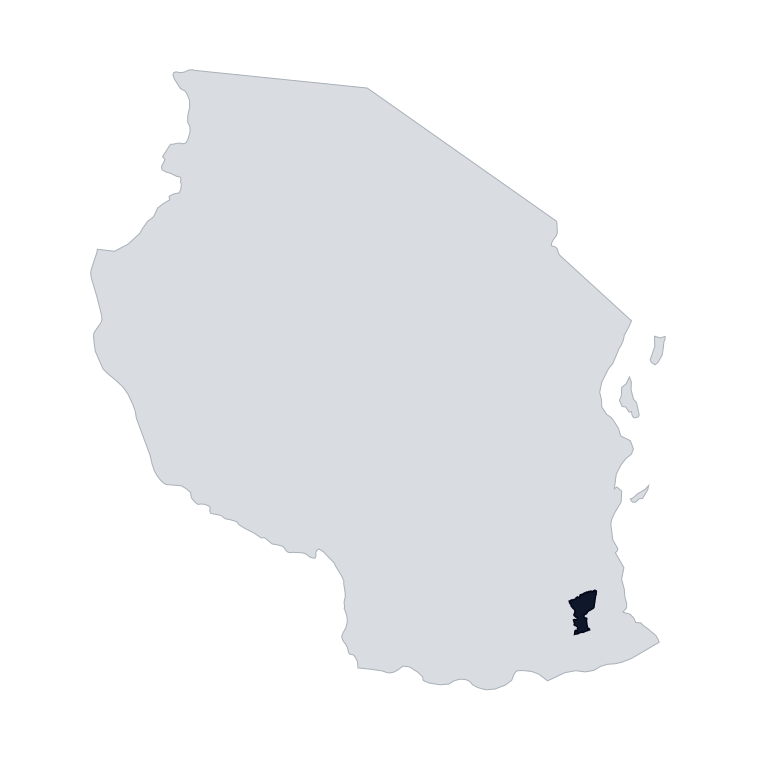 location of Ruangwa, Lindi, United Republic of Tanzania, rotated 7°
{"feature_id": "72390352B35310074637090", "entity_name": "Ruangwa", "entity_type": "district", "adm_level": 2, "iso_a3": "TZA", "parent_name": "United Republic of Tanzania", "parent_adm1": "Lindi", "projection": "albers", "projection_center": [38.983, -10.09], "detail": "fine", "context": "in_parent", "style": "filled", "palette": "ink", "viewbox_px": 768, "rotation_deg": 7, "n_neighbors": 0, "source": "geoboundaries", "source_scale": "gbopen_adm2", "svg_char_len": 8433}
<svg xmlns="http://www.w3.org/2000/svg" viewBox="0 0 768 768"><g transform="rotate(7 384 384)"><path d="M281.0,551.8L272.1,547.3L264.1,544.6L257.4,541.5L254.5,538.5L248.3,537.5L242.9,537.1L238.0,534.3L227.8,533.5L226.6,531.6L226.4,527.4L224.6,526.3L220.9,525.3L216.9,525.4L214.5,526.1L213.1,525.8L209.7,523.4L206.6,520.3L205.3,515.3L200.6,512.1L195.2,509.7L180.3,510.3L178.0,509.6L174.4,507.1L170.2,503.0L166.7,498.3L163.6,491.8L160.4,483.0L142.4,448.2L140.5,441.6L136.9,434.3L131.2,425.4L125.3,418.8L117.2,412.9L108.1,407.1L103.2,403.1L93.5,386.8L91.4,379.1L89.7,371.1L90.2,367.8L95.7,357.3L96.2,354.4L95.4,350.5L92.3,342.3L88.4,332.4L80.6,314.4L79.4,309.9L79.4,306.4L83.1,287.8L83.0,285.2L100.3,285.1L112.7,276.6L123.3,264.2L125.4,259.1L129.6,251.2L133.9,247.3L135.5,244.6L137.9,236.8L143.5,231.4L149.0,227.2L147.8,224.4L148.6,223.3L151.6,221.2L157.5,219.2L158.6,215.1L158.5,210.5L157.4,208.0L157.5,205.0L156.6,203.4L152.7,203.1L146.8,201.0L141.9,200.1L138.6,198.9L137.3,197.9L136.7,195.2L139.3,188.0L136.5,185.3L142.2,173.4L143.3,172.0L145.5,171.7L148.9,170.4L152.1,169.7L154.8,170.1L156.7,169.6L158.4,168.2L159.7,164.2L160.8,157.6L160.0,152.2L157.3,148.1L156.5,141.8L157.4,133.2L156.4,126.2L153.5,120.6L150.6,117.3L146.2,115.8L139.1,107.4L136.9,103.3L137.2,100.7L139.5,99.5L143.9,99.8L148.0,98.7L151.8,96.2L155.5,95.4L157.5,95.8L331.3,92.3L535.0,201.2L535.9,202.5L537.5,212.1L537.2,215.3L534.1,220.9L533.2,223.8L533.2,225.8L533.9,226.6L536.6,226.8L538.8,228.1L539.7,229.2L541.4,233.3L543.6,235.4L620.2,289.9L621.9,290.8L620.8,295.4L616.5,306.5L616.3,311.1L614.6,316.6L613.0,320.2L608.6,335.9L604.9,341.7L599.9,355.5L599.1,366.0L601.9,373.4L602.9,380.3L608.8,387.1L613.5,389.5L616.6,392.6L622.2,399.7L625.4,406.8L635.5,410.3L639.5,418.2L638.0,423.7L633.4,428.2L629.0,435.6L625.5,445.2L625.4,460.0L627.7,457.8L633.0,461.4L633.7,472.3L628.2,484.9L626.5,490.9L626.3,495.9L630.2,511.1L636.2,518.9L635.8,521.3L634.2,523.3L644.5,537.0L643.6,548.9L647.4,558.1L649.1,566.2L651.6,572.3L652.1,576.6L648.9,581.3L656.4,582.5L660.8,586.3L662.8,590.0L668.2,589.9L671.1,592.4L675.3,594.5L684.6,600.7L687.1,603.9L688.6,606.8L663.0,626.3L653.7,631.3L647.1,633.6L640.1,634.9L633.4,637.9L627.1,642.7L619.0,645.2L609.1,645.2L598.7,648.5L582.5,658.7L573.0,653.1L565.5,651.3L556.9,651.5L551.7,652.2L549.9,653.5L548.2,656.9L546.9,662.5L541.3,667.9L531.5,673.2L522.4,675.1L514.1,673.9L508.5,671.7L505.5,668.8L501.2,667.4L495.5,667.7L490.1,669.8L484.9,673.9L476.6,675.7L465.1,675.3L459.0,673.4L458.1,670.0L453.0,666.1L443.8,661.7L437.1,661.7L432.8,666.0L428.8,668.8L425.3,670.0L422.1,670.1L417.4,669.0L404.8,668.7L392.8,669.0L391.5,662.7L388.9,658.9L386.8,656.7L382.6,656.2L381.4,654.4L380.0,650.5L377.9,647.2L375.2,644.5L373.5,642.0L372.9,639.6L373.3,637.0L375.8,630.6L376.5,626.2L376.2,621.7L374.7,617.0L371.8,611.6L372.1,610.0L371.1,606.2L371.0,603.6L371.5,600.3L370.9,596.0L368.3,586.9L368.2,584.5L365.6,580.1L357.4,569.7L357.0,568.3L344.3,557.9L339.3,555.6L337.5,557.6L336.8,559.5L337.4,562.9L337.1,564.6L336.6,565.3L333.7,565.3L331.8,564.9L327.0,562.1L323.3,561.5L314.1,562.2L310.9,562.9L308.3,562.3L303.4,557.5L297.6,556.6L292.5,556.4L284.0,551.0L281.0,551.8ZM636.9,371.7L641.0,383.4L640.5,385.6L637.6,386.9L636.0,387.0L634.2,385.1L632.9,381.2L630.7,382.1L626.8,377.4L623.1,377.2L619.7,371.6L621.0,366.7L620.3,358.4L624.4,354.2L626.7,347.0L629.3,351.9L629.9,359.5L633.4,368.5L636.9,371.7ZM657.2,302.5L657.5,305.2L656.7,307.8L656.8,316.1L656.5,321.6L653.3,329.1L650.8,331.8L648.5,331.0L646.6,329.8L645.2,327.7L648.2,313.8L646.7,303.6L652.6,304.6L657.2,302.5ZM648.4,470.4L645.5,471.1L644.3,470.4L642.5,468.2L645.7,466.2L648.7,462.4L655.8,456.9L659.1,452.5L658.6,456.8L654.6,466.2L651.2,466.8L648.4,470.4Z" fill="#d9dde1" stroke="#a8b0b8" stroke-width="1"/><path d="M594.3,576.8L594.3,577.0L594.5,577.6L594.7,577.8L594.8,577.9L594.8,578.4L594.9,578.5L595.2,578.9L595.2,579.1L595.3,579.3L595.6,579.4L596.0,579.5L596.4,579.5L596.6,579.5L596.6,579.8L596.5,580.6L596.6,581.1L596.7,581.4L597.3,581.9L598.4,583.2L598.9,583.4L599.2,583.8L599.7,583.9L600.0,584.0L600.1,584.3L600.3,584.6L600.5,584.9L600.9,585.2L601.2,585.7L601.2,585.9L601.2,586.5L601.2,587.0L601.2,587.3L601.3,587.5L601.2,587.8L601.3,588.0L601.1,588.1L601.0,588.6L601.0,588.8L601.1,589.1L600.9,589.2L600.7,589.5L600.6,589.8L600.7,590.0L600.9,590.3L600.9,590.6L601.1,590.8L601.3,590.9L601.8,591.2L602.1,591.2L602.6,591.7L602.8,592.0L603.2,591.9L603.5,591.8L604.0,591.9L604.1,592.0L604.2,592.4L604.3,592.9L604.3,593.3L604.4,594.1L604.3,594.3L604.2,594.4L603.9,594.5L603.4,594.5L603.1,594.5L601.8,594.6L601.2,594.7L600.8,595.0L601.0,595.5L601.2,596.1L601.9,597.6L602.1,597.6L602.1,598.0L602.2,598.3L602.4,598.6L602.4,598.8L602.3,599.1L602.1,599.5L602.3,599.7L602.1,599.8L602.2,600.0L602.4,600.1L602.7,600.3L603.0,600.5L604.2,600.6L605.8,601.5L605.9,602.5L605.8,603.5L605.8,604.0L605.7,605.7L605.4,605.4L605.3,605.5L605.1,605.6L604.9,605.4L604.2,605.7L604.2,605.3L604.1,605.2L603.9,605.3L603.6,606.4L603.6,606.8L603.6,607.4L603.7,608.0L603.6,609.3L603.8,609.2L604.0,609.2L604.6,608.6L604.9,608.7L605.2,608.6L605.3,608.6L605.5,608.7L605.9,608.5L606.3,608.5L606.4,608.4L606.7,608.4L606.9,608.3L607.1,608.2L607.3,607.8L607.5,607.7L607.6,607.4L607.9,607.4L608.2,607.4L608.3,607.4L608.5,607.2L608.5,606.9L608.8,606.8L608.8,606.7L609.5,606.5L609.9,606.6L610.1,606.5L610.3,606.3L610.5,606.3L610.6,606.2L610.8,606.3L611.1,606.3L611.3,606.2L611.5,606.0L611.7,605.9L611.9,605.9L611.9,606.1L612.2,606.0L612.4,606.0L612.5,605.9L612.5,605.7L612.8,605.7L613.0,605.6L613.2,605.4L613.7,605.1L613.8,605.0L613.9,604.9L614.1,604.7L614.4,604.7L614.7,604.4L614.7,604.2L614.8,604.2L614.9,604.3L615.0,604.2L615.2,604.3L615.3,604.3L615.6,604.2L615.9,604.1L616.0,604.0L616.2,603.6L616.4,603.3L616.6,603.3L616.8,603.4L616.9,603.1L617.6,603.0L617.9,603.1L618.0,603.1L618.0,602.6L617.9,602.4L617.6,602.1L617.3,601.7L617.1,601.6L616.5,601.6L616.1,601.8L615.9,601.7L615.4,600.0L615.2,599.3L615.1,599.2L614.7,598.1L614.6,597.6L614.2,595.8L614.1,595.2L613.9,595.0L613.8,594.4L613.7,594.1L613.9,592.8L613.8,592.0L613.7,591.8L613.5,591.7L613.0,591.7L611.4,591.6L611.2,591.5L611.1,591.3L611.0,591.0L610.7,590.0L610.7,589.7L610.9,588.9L611.2,588.6L611.6,588.1L612.2,587.9L612.5,587.7L613.0,587.2L613.2,586.8L613.5,586.2L613.8,585.3L614.1,584.9L614.3,584.7L614.8,584.3L616.1,583.4L618.0,581.8L618.4,581.6L618.5,581.5L618.7,581.3L618.9,581.2L619.5,580.3L619.6,580.1L619.6,579.7L619.6,578.0L619.6,576.7L619.7,575.4L619.8,574.6L619.7,574.3L619.7,573.8L619.7,573.0L619.8,570.3L619.8,569.4L619.8,569.0L619.8,568.2L620.0,567.8L620.0,567.7L620.0,567.4L620.2,567.1L620.3,566.9L620.2,566.7L620.0,566.0L619.9,565.6L619.9,565.4L620.1,565.1L620.1,564.9L620.1,564.5L620.1,564.2L619.9,563.8L619.9,563.6L619.7,563.6L619.2,563.5L618.9,563.5L618.8,563.3L618.8,563.2L618.6,563.0L618.4,563.0L618.2,563.1L618.0,563.3L617.9,563.4L617.8,563.5L617.6,563.7L617.6,563.8L617.4,563.8L617.5,564.1L617.3,564.2L617.2,564.4L617.1,564.6L616.8,564.7L616.5,564.8L616.4,565.0L616.0,565.0L615.9,565.0L615.8,564.7L615.6,564.5L615.6,564.4L615.4,564.4L615.1,564.7L614.5,564.4L614.1,564.4L614.0,564.5L613.7,564.7L613.6,565.1L613.4,565.1L613.0,565.0L612.7,565.1L612.3,565.1L612.1,565.2L612.0,565.4L612.0,565.5L612.0,565.8L611.9,565.8L611.7,566.0L611.4,565.9L611.3,566.0L611.1,566.0L610.8,566.2L610.8,566.3L610.7,566.3L610.6,566.2L610.6,565.8L610.4,565.8L610.2,565.9L610.2,566.2L610.1,566.3L610.0,566.6L609.9,566.6L609.5,566.7L609.3,566.8L609.2,566.8L608.8,566.9L608.7,567.0L608.3,567.0L608.1,567.3L608.1,567.5L607.9,567.6L607.8,567.8L607.8,568.0L607.7,568.0L607.2,568.0L606.8,568.7L606.5,568.6L606.1,568.6L605.8,568.8L605.7,568.9L605.6,569.1L605.5,569.3L605.4,569.4L604.9,569.2L604.7,569.3L604.4,569.5L604.4,569.9L604.3,570.0L604.3,570.3L604.5,570.4L604.4,570.5L604.4,570.8L604.2,571.2L604.1,571.4L604.1,571.5L604.3,571.7L604.3,571.9L604.1,572.1L603.9,572.3L603.6,572.1L603.5,572.3L603.4,572.4L602.7,572.1L602.4,572.2L602.2,571.8L601.8,571.7L601.7,571.8L601.7,572.4L601.6,572.5L601.3,572.6L600.9,572.7L600.6,573.0L600.8,573.4L600.9,573.6L600.8,574.0L600.6,574.2L600.4,574.1L600.1,574.2L599.9,574.3L599.8,574.5L599.7,574.5L599.5,574.4L599.3,574.4L599.0,574.7L598.9,574.7L598.7,574.8L598.5,575.1L598.4,575.3L598.2,575.4L597.9,575.3L597.9,575.2L597.6,575.2L597.4,575.5L597.2,575.5L596.7,575.4L596.6,575.5L596.4,575.6L595.9,575.8L595.7,576.0L595.6,576.4L595.7,576.6L595.5,576.8L594.9,576.7L594.7,576.8L594.3,576.8Z" fill="#0f172a" stroke="#020617" stroke-width="1.5"/></g></svg>